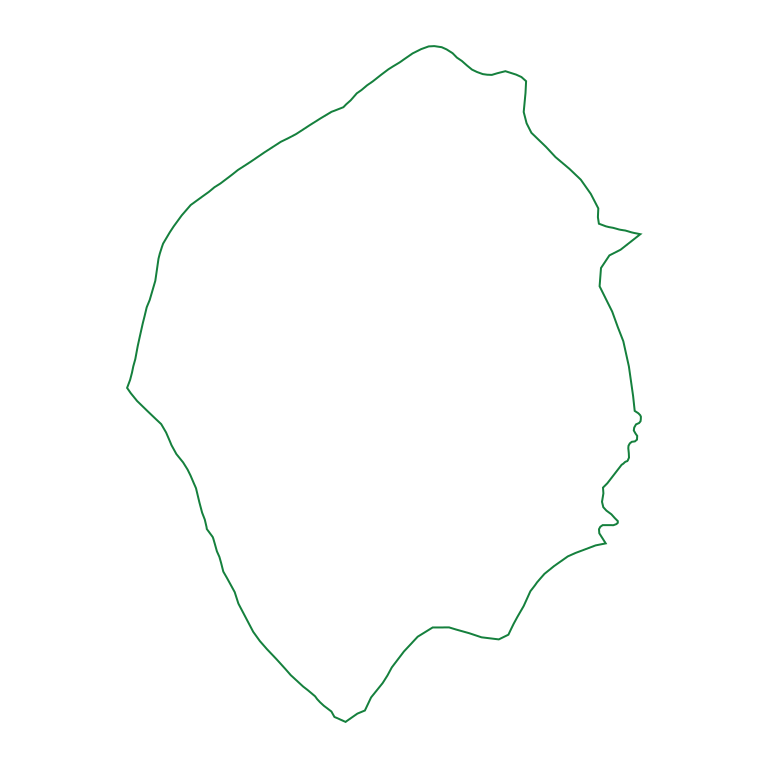 Outhoomphone, Savannakhét, Laos (Mercator projection)
{"feature_id": "54806243B62661811968919", "entity_name": "Outhoomphone", "entity_type": "district", "adm_level": 2, "iso_a3": "LAO", "parent_name": "Laos", "parent_adm1": "Savannakhét", "projection": "mercator", "projection_center": [105.056, 16.753], "detail": "fine", "context": "isolated", "style": "outline", "palette": "green", "viewbox_px": 768, "rotation_deg": 0, "n_neighbors": 0, "source": "geoboundaries", "source_scale": "gbopen_adm2", "svg_char_len": 2891}
<svg xmlns="http://www.w3.org/2000/svg" viewBox="0 0 768 768"><path d="M640.3,234.2L636.5,233.4L634.3,233.0L631.3,232.3L628.0,231.3L625.2,230.5L623.1,230.2L620.6,229.8L619.1,229.5L616.3,228.7L613.0,227.8L609.0,227.1L605.8,226.3L604.0,225.6L601.3,224.6L598.9,223.7L597.9,217.2L598.3,208.4L590.8,193.9L580.8,179.7L569.6,169.0L555.5,157.1L546.1,147.0L531.4,132.8L526.6,123.3L523.7,112.0L525.5,93.0L526.1,81.2L521.4,77.0L516.1,74.6L505.4,71.2L500.2,72.5L497.1,73.3L491.8,74.9L487.1,74.7L482.8,74.1L477.0,72.0L472.0,69.6L467.1,65.6L461.9,61.0L456.9,57.6L452.6,53.2L446.6,49.4L441.7,47.2L434.3,46.1L428.7,46.4L421.2,49.1L412.6,53.4L402.9,60.1L401.7,61.0L399.5,62.5L393.0,66.4L388.4,69.3L381.1,74.8L373.0,81.2L367.1,85.3L361.4,90.1L356.8,93.3L350.7,100.3L346.2,104.3L343.4,107.2L334.5,110.7L331.5,111.8L320.5,118.4L309.7,125.2L296.2,134.0L288.6,138.0L280.8,141.8L264.7,152.2L250.6,161.8L237.9,170.0L232.4,174.4L220.4,183.5L214.5,187.2L208.7,192.0L202.4,196.5L190.7,205.0L181.7,215.4L173.6,226.5L169.8,232.3L163.1,243.6L161.6,247.9L161.6,248.0L159.8,253.6L158.5,258.7L156.8,270.5L155.3,280.8L149.7,300.0L146.7,307.3L144.5,316.5L142.8,323.2L139.6,337.5L137.7,346.2L135.3,359.1L133.3,366.3L132.0,372.6L130.1,379.9L127.1,387.9L130.7,393.1L137.1,401.0L147.5,411.1L156.4,419.6L161.2,424.1L166.1,432.5L169.9,441.3L171.5,445.2L176.4,454.1L183.1,462.4L187.6,469.6L190.6,475.7L193.8,483.2L196.0,488.2L199.4,502.4L202.1,512.6L204.8,519.6L206.5,526.9L206.6,527.4L206.6,527.5L206.8,529.0L212.7,537.0L213.3,538.6L215.0,544.5L216.9,551.3L219.4,556.9L221.1,562.9L223.3,571.6L227.2,578.4L234.7,592.1L238.4,603.6L246.8,619.6L253.2,631.8L259.9,641.1L266.9,649.1L276.4,659.1L285.2,668.8L290.7,675.1L299.4,683.1L303.2,686.6L307.6,690.0L315.1,696.3L317.2,699.2L320.1,702.3L323.9,705.8L331.4,711.5L334.4,716.9L334.5,717.0L336.9,718.0L345.5,721.9L357.4,713.6L364.9,710.5L371.1,697.4L382.7,683.0L387.5,675.4L391.8,667.4L403.9,651.5L417.7,636.7L432.6,627.5L449.1,627.4L449.4,627.5L456.0,629.5L469.2,633.2L481.5,637.3L498.8,639.4L508.4,634.7L511.3,628.6L513.7,623.7L517.4,616.9L523.7,606.0L530.4,591.2L534.9,585.4L537.1,582.3L540.2,578.7L544.4,573.9L553.9,566.2L567.8,556.4L575.4,553.0L595.6,545.4L605.7,543.4L602.3,538.0L599.3,533.3L599.0,529.2L600.3,526.8L602.7,525.1L608.7,525.1L613.4,525.2L616.4,524.1L617.8,522.8L617.8,521.1L614.8,518.1L611.4,514.3L606.4,510.6L603.3,507.2L602.0,501.8L603.4,493.4L603.0,487.6L607.4,483.2L621.6,464.8L623.4,463.6L624.8,462.2L625.8,461.6L627.3,461.1L627.9,460.2L629.0,457.6L628.8,453.2L628.3,448.2L628.5,445.8L629.8,443.4L631.8,441.8L634.9,441.4L637.0,439.6L637.2,435.9L635.5,433.5L633.8,430.5L634.2,427.6L636.0,424.4L639.1,423.0L640.5,421.3L640.8,419.4L640.9,416.7L640.2,415.2L638.4,413.3L634.7,410.9L633.1,396.0L628.9,366.5L623.3,341.2L617.8,327.1L612.2,311.6L608.0,303.2L599.6,286.3L601.0,268.0L609.4,255.4L620.6,249.7L640.3,234.2Z" fill="none" stroke="#15803d" stroke-width="2"/></svg>